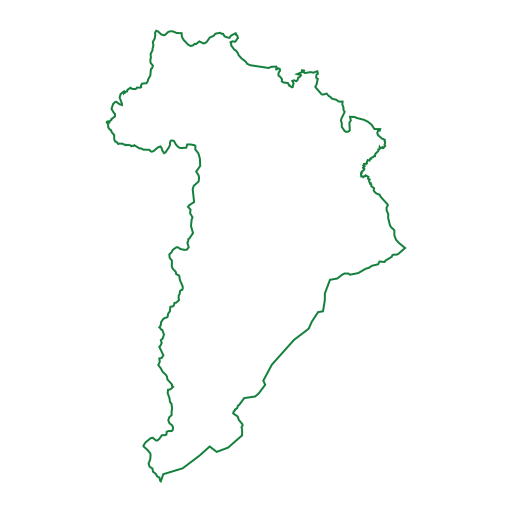 the district of Chucuito, Puno, Peru
{"feature_id": "86281439B79480017417132", "entity_name": "Chucuito", "entity_type": "district", "adm_level": 2, "iso_a3": "PER", "parent_name": "Peru", "parent_adm1": "Puno", "projection": "orthographic", "projection_center": [-69.392, -16.675], "detail": "fine", "context": "isolated", "style": "outline", "palette": "green", "viewbox_px": 512, "rotation_deg": 0, "n_neighbors": 0, "source": "geoboundaries", "source_scale": "gbopen_adm2", "svg_char_len": 5978}
<svg xmlns="http://www.w3.org/2000/svg" viewBox="0 0 512 512"><path d="M181.6,33.2L176.7,33.0L172.6,31.3L170.5,31.3L168.3,31.9L164.9,35.0L163.5,35.2L161.2,34.4L158.1,31.5L156.2,30.7L155.0,33.0L155.3,34.7L154.7,38.6L152.8,41.9L153.4,45.5L152.5,48.7L152.6,50.0L150.6,54.1L150.9,57.9L150.3,59.8L150.6,62.9L152.9,65.6L152.1,68.2L150.9,69.1L150.3,75.6L148.2,79.3L147.8,81.1L146.5,83.2L142.1,83.6L141.0,85.4L141.2,87.1L140.5,87.6L136.9,87.6L136.3,88.6L135.1,89.1L131.8,88.8L130.5,87.7L127.5,89.8L127.1,91.4L125.5,91.8L125.1,92.4L124.6,91.7L123.7,93.2L123.3,91.9L120.6,94.1L119.6,97.5L121.8,103.2L121.9,105.0L119.5,104.2L116.0,101.7L114.9,102.2L113.1,104.0L111.5,108.9L113.7,112.6L114.9,113.8L115.0,116.4L111.3,119.2L111.5,119.7L109.6,121.4L109.4,122.3L108.4,121.3L107.4,121.6L107.7,122.1L106.9,122.5L108.1,124.5L108.3,127.5L109.7,129.4L111.1,130.3L111.7,132.2L114.2,135.0L114.2,139.1L115.1,141.4L116.7,142.0L118.2,144.0L119.1,143.6L122.4,143.7L125.3,145.1L125.8,144.7L126.8,145.2L128.2,144.8L131.0,145.6L131.4,146.2L132.1,145.8L133.4,146.0L134.3,145.2L139.5,148.4L141.1,148.4L143.1,149.6L149.3,149.8L150.7,151.3L151.8,151.7L153.7,151.0L157.8,147.5L160.4,146.4L161.5,147.8L162.3,150.5L164.1,153.2L165.4,152.5L169.1,147.1L170.0,144.7L170.1,142.0L170.9,140.7L172.0,140.4L174.0,141.0L175.7,144.2L178.0,146.9L180.3,148.1L186.3,147.7L187.2,144.5L190.0,144.4L194.6,145.2L195.4,146.0L195.3,149.4L198.4,153.4L199.9,158.7L200.2,165.9L196.2,171.6L198.6,175.4L199.1,177.8L198.6,181.5L193.7,185.9L192.7,189.2L194.1,202.0L189.3,205.2L188.0,206.8L190.5,209.6L190.1,213.3L192.5,217.3L191.6,219.9L191.0,226.0L193.0,233.1L189.4,238.4L188.3,239.2L188.2,241.0L187.4,242.7L188.7,247.4L186.9,249.6L184.7,249.9L180.3,249.0L178.2,247.4L176.6,247.2L172.8,249.8L171.5,252.3L169.3,254.4L169.7,257.9L171.9,260.5L171.8,266.7L172.8,268.8L175.7,271.8L176.2,274.1L179.2,275.6L179.9,280.0L182.7,286.5L182.7,288.5L182.3,289.8L180.7,290.3L180.0,291.2L179.7,293.9L178.7,295.5L178.6,298.3L179.1,300.0L176.1,302.7L174.4,303.0L174.1,304.9L173.0,306.4L170.4,306.7L169.8,311.4L168.2,313.6L167.5,317.1L164.2,318.3L163.0,319.3L161.0,322.4L160.8,325.2L159.3,327.4L160.6,328.4L160.9,329.4L162.3,330.0L164.0,334.6L162.6,338.6L160.8,340.2L161.7,342.9L160.5,345.6L159.3,346.8L163.4,355.3L161.6,358.0L159.3,358.5L159.8,361.5L158.3,365.1L160.9,368.5L162.6,371.8L165.9,374.8L167.0,376.8L167.4,379.4L172.0,384.5L172.0,385.9L173.1,386.9L170.5,389.3L168.0,389.8L167.7,393.2L169.5,398.2L170.0,402.0L171.5,403.8L172.1,408.7L171.6,411.2L171.6,415.1L169.1,417.5L168.3,420.4L169.5,423.3L172.2,425.4L173.0,427.5L172.8,429.9L171.6,431.1L168.9,431.0L166.7,431.7L166.4,434.6L165.1,435.2L161.9,435.2L159.2,439.0L157.1,440.6L155.9,440.4L152.8,437.8L150.8,438.1L145.5,442.4L143.5,445.6L143.5,446.4L147.5,449.9L150.2,453.3L150.6,454.9L150.2,459.4L148.6,463.5L149.3,466.0L150.0,467.0L152.4,468.5L153.0,471.7L155.6,473.7L157.4,476.6L159.4,477.5L160.1,480.6L160.8,481.3L163.3,474.2L182.7,468.3L199.5,455.6L209.7,446.5L216.7,451.9L228.1,447.6L242.1,435.4L242.1,429.2L241.5,427.2L242.6,425.5L242.4,424.2L238.8,419.9L237.7,416.5L233.2,413.4L233.6,411.7L234.9,410.4L235.0,409.6L237.1,408.2L238.0,405.6L239.1,405.0L244.2,398.1L255.1,396.5L258.6,393.6L265.2,384.8L263.3,380.6L271.9,364.6L294.0,339.9L308.7,328.7L311.8,321.7L318.1,312.1L323.0,311.3L324.8,300.4L324.9,293.3L330.0,279.8L337.3,278.5L342.2,274.7L344.5,273.5L348.6,273.6L349.9,274.7L358.2,273.1L365.8,268.7L369.0,267.8L371.8,265.8L378.1,264.3L379.5,261.5L384.6,262.0L385.5,260.6L391.7,256.8L392.3,255.3L393.2,254.7L396.9,254.6L398.2,254.0L405.1,248.0L399.2,243.2L396.0,239.7L394.4,235.6L394.3,230.2L391.1,227.2L389.9,225.1L388.1,217.7L388.3,214.3L386.6,210.3L386.6,207.4L387.9,205.3L387.6,204.4L380.8,197.0L379.6,194.7L376.2,193.4L374.3,191.5L373.7,190.1L374.1,188.2L371.3,186.2L371.3,184.4L370.3,183.9L370.6,183.1L369.8,182.9L369.0,180.8L369.7,179.5L368.0,178.7L368.4,176.8L366.8,176.0L365.3,176.1L365.3,175.6L363.2,177.2L362.7,176.4L361.2,176.4L361.0,173.2L361.8,173.0L361.7,171.6L363.3,170.6L364.2,169.4L364.3,168.6L363.4,168.4L363.0,167.7L364.6,166.1L363.4,165.5L363.9,165.0L363.9,164.0L366.5,163.8L366.9,163.4L366.7,162.6L367.7,160.1L369.5,160.6L370.2,158.8L371.2,158.7L371.3,157.8L373.7,156.8L374.3,155.8L375.0,156.0L375.4,153.8L378.4,150.9L378.3,149.5L379.5,149.1L379.7,147.1L380.3,148.0L381.5,147.9L382.2,147.3L382.6,148.0L383.3,148.1L383.5,147.2L384.2,147.1L385.2,146.0L384.5,144.8L385.1,142.9L385.0,141.6L384.6,141.3L384.8,139.8L382.0,138.6L378.7,135.8L377.6,134.4L377.3,133.0L378.0,130.8L379.8,130.6L380.2,129.1L374.4,129.0L371.5,124.6L367.8,121.7L364.0,119.8L356.4,117.9L354.8,117.0L350.0,116.8L350.8,120.5L349.4,122.6L349.8,130.0L349.4,130.9L348.0,131.7L346.0,131.8L344.7,131.1L341.8,126.9L341.8,123.2L340.9,120.6L341.4,118.6L344.7,111.9L343.5,110.1L343.4,107.4L342.3,104.3L342.6,101.6L338.8,101.6L336.3,99.8L331.9,98.6L330.0,96.6L328.9,96.2L326.7,93.6L322.9,94.6L321.6,94.3L315.8,87.6L315.3,86.7L316.4,84.9L317.8,78.9L316.6,78.3L316.1,77.2L316.6,74.4L317.8,73.8L317.7,72.1L317.2,71.2L313.4,72.7L310.6,72.1L305.0,73.0L303.4,72.2L304.1,70.6L302.1,70.2L301.6,72.3L297.2,74.1L298.7,74.5L299.5,74.0L301.0,75.3L299.5,77.1L298.3,77.5L297.4,80.4L296.1,81.2L294.1,80.3L292.3,80.9L293.6,83.6L292.9,85.4L292.9,86.8L292.1,87.3L289.7,85.9L289.6,85.4L289.1,85.5L287.9,83.0L283.5,82.5L281.8,81.4L282.0,79.2L279.8,76.4L278.6,75.7L278.3,74.4L279.0,71.9L280.0,70.8L279.8,69.0L278.5,68.3L276.7,69.5L276.2,69.4L276.6,67.3L276.3,66.6L271.3,66.8L268.7,68.0L250.2,65.2L247.2,63.8L245.6,61.5L241.4,58.3L238.5,55.0L238.0,53.3L236.1,50.7L234.2,49.5L231.1,45.3L231.3,43.4L230.5,42.6L230.6,42.0L232.9,41.3L234.8,41.8L236.0,40.9L236.9,39.1L237.9,38.2L237.3,35.6L236.0,34.8L235.9,33.4L235.3,33.3L230.8,35.8L229.7,37.6L229.1,37.9L225.3,36.7L224.4,36.1L223.1,33.8L221.5,33.8L220.4,32.8L216.2,33.5L215.2,33.9L213.7,35.8L209.8,37.5L206.8,41.8L204.9,43.2L203.3,43.4L199.4,41.4L195.8,44.2L194.8,43.8L192.9,45.4L190.7,46.0L188.2,44.7L183.7,40.0L181.9,36.9L181.6,33.2Z" fill="none" stroke="#15803d" stroke-width="2"/></svg>